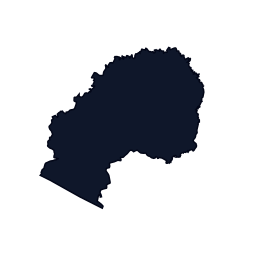 the district of Bu Dang, Bình Phước, Vietnam, rotated 41°
{"feature_id": "81297802B33312647698223", "entity_name": "Bu Dang", "entity_type": "district", "adm_level": 2, "iso_a3": "VNM", "parent_name": "Vietnam", "parent_adm1": "Bình Phước", "projection": "orthographic", "projection_center": [107.268, 11.771], "detail": "fine", "context": "isolated", "style": "filled", "palette": "ink", "viewbox_px": 256, "rotation_deg": 41, "n_neighbors": 0, "source": "geoboundaries", "source_scale": "gbopen_adm2", "svg_char_len": 5699}
<svg xmlns="http://www.w3.org/2000/svg" viewBox="0 0 256 256"><g transform="rotate(41 128 128)"><path d="M171.8,71.5L170.8,71.7L169.5,71.3L168.4,70.5L167.9,69.6L167.0,69.5L167.1,69.2L168.3,69.2L167.1,68.1L167.0,67.7L167.6,67.4L167.0,67.1L166.8,66.6L167.8,66.8L167.4,66.1L168.0,66.0L168.3,64.9L168.0,64.8L167.6,65.0L167.0,64.6L167.1,63.3L166.7,62.3L166.4,60.9L165.7,60.2L166.3,59.7L166.4,59.4L165.6,59.0L164.2,57.3L164.0,56.6L164.2,55.5L161.7,51.2L159.7,49.4L157.6,48.4L157.4,48.1L157.4,46.9L157.0,47.0L155.9,46.2L154.7,46.1L154.4,45.6L153.1,45.6L152.4,46.3L151.7,46.3L151.0,45.9L151.0,45.1L150.2,44.7L149.5,45.3L148.3,44.9L147.0,45.0L147.7,42.8L146.2,42.0L146.0,41.6L146.4,41.0L146.3,40.8L145.4,41.7L145.5,42.0L145.9,42.5L145.8,42.8L144.7,42.7L143.6,42.0L142.3,43.9L142.1,42.5L141.9,42.2L141.4,42.1L141.3,42.3L141.2,43.6L140.5,43.6L139.2,42.3L138.8,43.4L138.4,43.5L138.0,43.1L138.1,42.5L137.6,42.2L136.3,42.2L135.9,41.2L135.6,41.2L135.6,41.8L135.3,41.8L134.3,41.7L132.7,40.9L132.0,40.0L131.9,39.3L130.8,38.9L129.6,39.4L129.9,37.9L130.5,37.4L130.6,36.4L129.7,34.8L129.4,34.7L129.0,35.3L128.9,36.3L128.8,36.6L128.4,36.4L128.3,35.6L127.7,35.5L127.4,35.6L126.6,37.8L126.6,38.6L126.3,38.8L123.9,37.9L122.6,36.6L122.0,36.7L120.6,38.1L121.6,38.6L121.5,39.0L120.8,39.1L119.3,38.4L119.0,37.6L118.6,37.4L117.4,37.9L115.9,36.7L115.5,36.8L114.6,37.9L112.0,36.4L111.4,36.4L110.5,37.3L108.7,41.0L107.9,41.2L107.1,40.1L105.9,40.5L106.3,43.9L107.7,44.8L107.8,45.1L107.5,45.7L106.3,46.3L105.7,48.1L104.3,46.7L102.8,47.9L101.7,47.9L100.7,47.5L100.3,47.9L101.0,49.3L100.0,49.5L98.7,50.5L97.8,50.5L97.5,51.3L96.9,51.8L97.2,52.3L98.6,52.6L98.8,53.6L98.2,54.4L97.8,54.5L97.0,54.0L96.6,54.2L96.1,55.1L94.3,55.9L94.0,56.5L93.5,56.6L90.4,55.9L89.2,56.1L89.2,56.4L89.9,57.4L89.9,57.8L89.2,58.0L87.9,59.0L86.8,59.3L86.8,59.9L87.5,61.3L87.4,61.8L86.9,62.6L86.9,63.1L87.8,63.5L88.0,63.8L86.8,64.1L86.6,64.3L86.2,66.0L85.2,67.1L85.8,68.8L87.1,70.6L87.0,71.3L86.7,71.8L85.4,72.0L84.9,71.9L83.2,70.3L82.9,70.4L83.2,72.7L83.6,73.6L83.4,74.0L82.8,74.0L82.0,73.3L80.2,73.8L79.7,74.1L79.6,74.5L80.4,76.0L77.2,77.5L76.4,77.5L76.5,77.9L76.9,78.1L79.0,77.8L79.4,78.9L76.3,79.9L76.2,80.4L76.4,80.8L77.1,81.4L76.9,81.9L76.5,82.1L76.3,81.9L75.0,80.2L72.8,81.3L71.3,82.7L71.5,83.6L72.3,83.9L72.9,84.6L73.9,88.6L73.8,89.0L72.6,89.5L71.6,90.7L72.1,94.3L73.4,95.0L73.0,95.5L71.4,95.4L70.4,94.9L69.8,95.1L69.9,95.5L71.5,96.7L72.4,97.8L72.8,101.2L73.1,102.0L74.4,104.0L74.5,104.9L72.7,106.6L71.9,107.1L70.7,107.3L68.3,107.3L67.4,107.6L66.3,108.3L67.4,113.8L67.6,113.9L69.3,112.7L69.9,112.6L70.6,113.3L70.8,114.7L72.1,114.8L72.4,115.1L72.7,117.0L73.4,118.6L73.3,119.1L72.8,119.7L72.9,120.0L73.1,120.1L74.4,119.6L75.1,118.4L75.4,118.3L75.5,118.5L75.8,120.1L75.5,121.5L75.5,122.3L75.3,122.7L73.7,123.3L73.4,124.0L75.7,124.1L76.0,125.2L75.9,125.5L75.1,125.9L75.1,128.0L73.5,128.9L72.8,129.8L72.7,130.3L73.3,133.2L72.9,134.9L72.3,135.7L70.4,136.2L68.9,134.5L69.0,137.9L68.8,138.7L67.5,139.9L67.5,140.1L67.5,140.4L69.2,142.6L69.7,142.9L70.4,142.8L72.0,142.2L72.3,142.6L73.2,143.9L74.8,147.9L74.8,149.6L73.0,151.8L72.5,152.7L72.4,154.9L71.0,156.6L71.5,157.4L71.3,158.3L70.1,158.6L68.5,158.6L67.5,158.3L67.3,158.7L66.1,159.8L66.3,160.8L65.8,161.7L65.6,163.9L67.6,165.2L67.8,166.1L67.7,166.3L64.9,166.3L63.6,169.2L64.1,169.5L65.5,169.9L65.2,172.2L67.1,173.8L67.5,175.8L67.4,178.3L67.5,178.6L68.3,179.4L69.9,180.2L72.1,180.5L75.3,182.2L75.4,183.3L76.0,185.0L76.0,185.4L75.2,186.1L75.3,186.9L76.7,188.2L76.3,189.5L76.3,190.6L76.9,191.4L78.4,192.8L78.9,194.0L79.5,194.4L82.0,194.4L84.7,193.5L86.7,193.4L88.3,194.8L89.4,195.4L89.9,196.1L90.4,197.4L91.3,198.7L91.9,198.7L95.3,197.0L95.4,197.3L94.6,199.1L93.4,200.5L93.0,201.6L91.1,203.9L89.0,208.4L89.1,209.6L91.1,213.8L90.6,215.6L91.6,218.5L92.4,218.8L92.7,219.1L92.8,221.3L103.5,218.5L137.1,211.5L161.2,205.4L160.5,203.5L160.2,203.3L158.3,203.1L154.3,203.2L153.1,203.6L152.6,203.0L150.5,199.4L149.8,197.5L150.0,197.2L150.8,197.1L151.5,197.5L152.4,198.3L153.1,197.3L151.6,196.2L149.2,195.1L148.6,194.1L148.1,192.5L149.5,190.0L151.2,187.6L151.1,187.1L149.2,185.0L149.4,183.8L150.5,181.7L150.5,181.2L150.0,180.6L144.8,176.5L143.6,175.9L139.8,174.9L139.3,174.6L138.6,173.7L138.3,172.4L139.9,170.1L139.2,168.7L137.6,167.4L137.3,166.7L137.5,165.8L139.8,162.5L141.5,159.0L143.7,157.6L143.9,157.3L143.6,156.6L142.0,155.6L141.7,155.2L141.7,154.9L143.1,153.7L143.6,153.0L143.7,150.9L144.2,147.8L144.1,144.2L144.3,143.4L145.7,142.2L147.8,142.2L148.5,140.3L149.4,138.8L150.1,138.6L152.7,138.6L154.1,138.4L156.8,136.5L157.0,136.0L157.6,135.5L158.4,135.3L159.6,135.8L160.9,135.9L162.1,135.6L162.8,135.1L165.1,135.0L167.2,134.1L168.1,132.8L167.9,132.0L168.1,131.1L168.7,131.0L170.3,131.4L170.8,130.8L170.8,130.2L171.0,129.7L173.5,128.3L178.6,127.3L179.2,127.8L179.1,128.8L179.9,129.4L180.5,129.1L181.4,127.9L181.7,127.1L182.3,127.1L182.0,126.4L182.0,125.9L182.7,125.7L182.3,125.0L181.5,124.4L182.1,123.9L182.0,123.0L181.6,122.2L181.4,121.9L180.6,121.7L180.8,119.5L181.6,119.2L181.1,118.8L181.5,118.5L181.6,117.9L182.0,117.5L182.5,117.5L183.4,118.5L184.1,117.6L184.9,117.1L185.8,116.2L186.2,115.4L185.6,114.9L185.7,114.2L184.8,113.4L184.6,112.8L185.0,111.2L185.3,110.8L186.1,110.7L186.0,109.8L186.8,108.9L187.6,108.5L187.6,107.8L187.9,106.9L187.9,106.0L188.2,105.9L188.8,106.9L189.2,106.9L189.1,105.9L188.7,105.2L189.0,104.5L190.4,102.3L190.8,102.2L192.0,102.6L192.3,102.4L192.4,101.0L192.1,100.0L191.9,97.3L190.9,96.0L190.2,95.8L189.6,95.2L186.9,95.3L185.3,94.7L185.1,94.1L185.0,91.6L184.6,90.3L183.5,88.6L183.3,86.3L181.3,84.4L178.5,79.1L177.6,78.2L177.5,77.5L177.9,76.7L176.6,75.2L176.1,75.0L174.9,75.0L174.4,74.7L174.1,73.8L172.8,73.4L172.5,72.3L171.8,71.5Z" fill="#0f172a" stroke="#020617" stroke-width="1.5"/></g></svg>